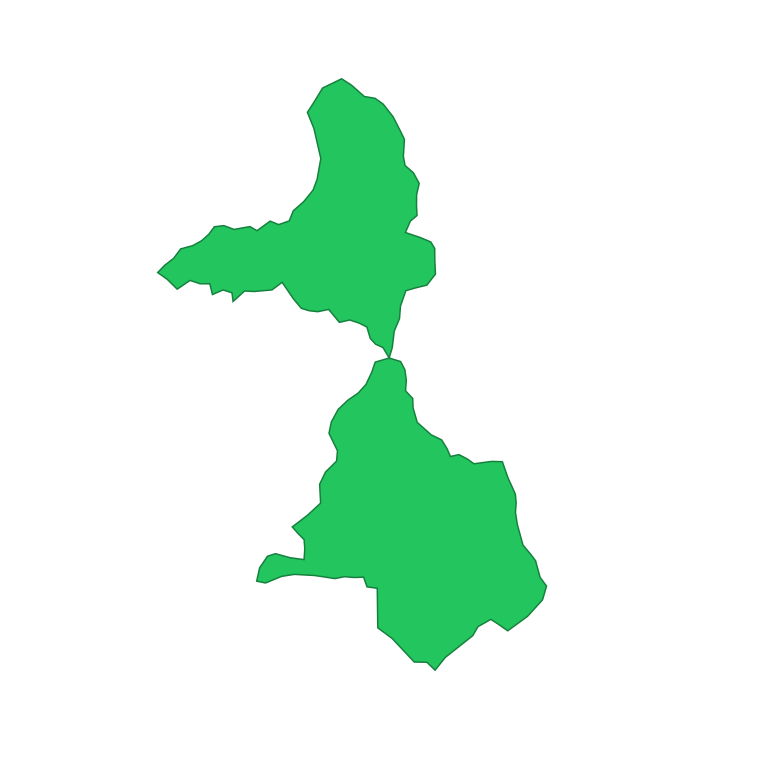 Mauá da Serra, Paraná, Brazil, rotated 213°
{"feature_id": "56859067B71955280503235", "entity_name": "Mauá da Serra", "entity_type": "district", "adm_level": 2, "iso_a3": "BRA", "parent_name": "Brazil", "parent_adm1": "Paraná", "projection": "natural_earth1", "projection_center": [-51.168, -23.916], "detail": "fine", "context": "isolated", "style": "filled", "palette": "green", "viewbox_px": 768, "rotation_deg": 213, "n_neighbors": 0, "source": "geoboundaries", "source_scale": "gbopen_adm2", "svg_char_len": 2068}
<svg xmlns="http://www.w3.org/2000/svg" viewBox="0 0 768 768"><g transform="rotate(213 384 384)"><path d="M393.8,408.6L403.3,397.6L400.7,387.2L398.9,373.8L400.7,362.4L405.5,350.7L408.6,337.8L407.5,323.5L403.3,312.7L386.7,302.7L381.8,293.5L385.1,278.3L383.4,264.9L372.3,249.6L376.7,232.3L383.1,214.2L374.7,211.8L366.3,210.0L360.7,202.7L355.4,193.2L368.3,187.1L382.6,182.6L387.9,176.1L388.2,162.1L383.4,149.3L375.0,152.6L365.0,167.0L355.5,175.5L337.9,185.6L327.8,190.2L319.1,194.1L312.3,200.8L303.6,205.5L295.9,210.9L287.7,204.6L278.4,209.0L256.4,176.1L238.5,175.0L207.2,167.3L196.5,174.0L185.3,171.8L183.7,188.0L172.5,221.3L173.0,231.7L166.2,244.8L157.9,244.8L145.8,244.4L140.2,259.1L137.1,267.3L133.5,289.3L137.6,303.0L147.8,306.9L160.6,318.3L168.2,321.1L179.7,324.6L195.7,338.8L203.8,347.9L208.5,356.4L213.8,363.1L221.3,368.0L228.9,372.8L242.4,383.3L251.6,377.7L265.1,366.1L273.2,366.5L282.7,365.6L288.8,359.4L295.9,364.1L305.1,368.5L316.8,367.1L335.2,369.9L346.7,379.9L352.0,387.5L362.2,390.0L367.4,399.4L374.2,407.3L382.3,411.9L393.8,408.6ZM585.8,616.9L596.7,598.8L596.2,582.0L596.2,570.1L581.9,560.1L559.8,538.7L551.6,519.3L549.1,508.0L550.6,493.6L554.4,479.9L552.3,469.2L559.2,460.3L568.2,458.6L574.0,443.4L582.2,443.0L593.9,432.0L604.6,429.6L611.9,423.5L612.5,414.0L615.0,404.8L619.9,395.7L628.1,386.6L628.9,374.7L632.6,364.1L634.5,354.2L622.7,353.7L609.1,350.9L603.1,365.2L592.6,368.0L584.7,373.2L576.6,365.6L570.2,375.2L561.2,377.7L555.5,371.0L551.6,386.0L543.2,390.9L529.2,401.9L524.8,413.8L506.4,406.1L494.5,402.4L486.4,404.8L478.9,408.6L471.0,416.4L455.0,411.4L447.6,419.0L438.5,421.4L429.4,422.5L420.3,414.7L412.6,412.8L404.7,414.0L393.8,408.6L396.9,419.0L404.2,433.9L406.6,447.3L412.6,458.3L416.5,474.1L410.3,481.3L401.9,490.3L400.7,504.2L408.6,515.2L415.3,525.3L422.1,528.6L433.3,526.6L448.6,522.7L450.6,535.1L448.1,543.3L454.0,551.5L459.8,560.6L463.7,571.4L474.5,577.2L485.3,578.7L491.7,585.4L500.1,600.3L507.2,604.6L522.0,613.1L537.2,618.3L547.2,618.7L557.1,614.4L573.9,616.9L585.8,616.9Z" fill="#22c55e" stroke="#15803d" stroke-width="1.5"/></g></svg>